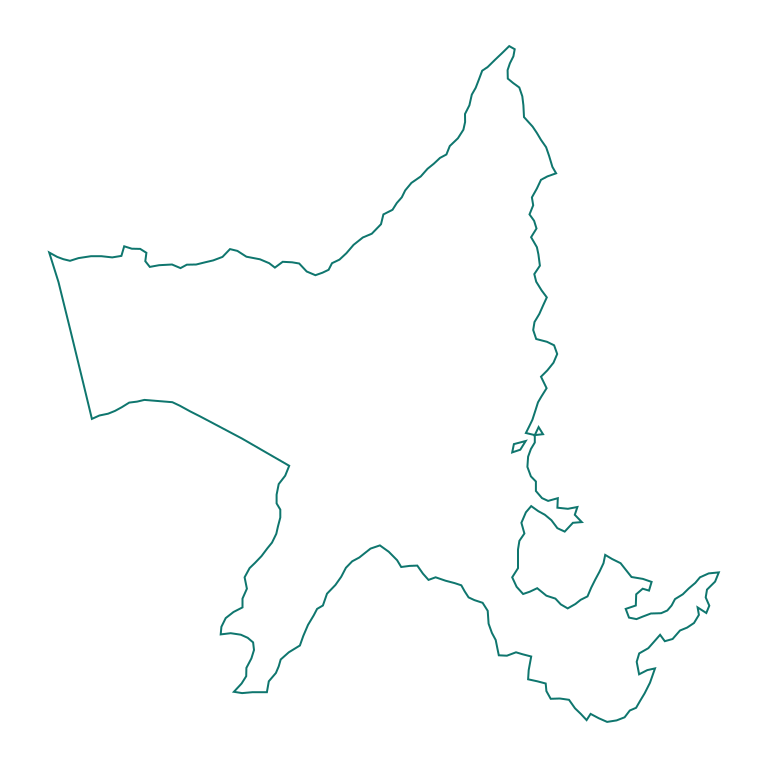 the district of Ituporanga, Santa Catarina, Brazil
{"feature_id": "56859067B65605113855989", "entity_name": "Ituporanga", "entity_type": "district", "adm_level": 2, "iso_a3": "BRA", "parent_name": "Brazil", "parent_adm1": "Santa Catarina", "projection": "mercator", "projection_center": [-49.512, -27.444], "detail": "fine", "context": "isolated", "style": "outline", "palette": "teal", "viewbox_px": 768, "rotation_deg": 0, "n_neighbors": 0, "source": "geoboundaries", "source_scale": "gbopen_adm2", "svg_char_len": 4157}
<svg xmlns="http://www.w3.org/2000/svg" viewBox="0 0 768 768"><path d="M49.2,252.5L58.5,282.1L70.4,330.3L83.3,383.3L91.9,418.9L99.4,415.5L108.1,413.7L115.0,410.9L121.8,407.2L129.2,402.6L137.2,401.6L144.4,399.9L172.4,402.2L179.8,405.7L190.2,411.4L200.1,416.4L241.9,438.5L289.2,465.8L285.2,475.7L278.7,484.1L276.6,494.7L276.6,503.4L280.3,509.6L280.3,517.5L277.9,526.7L276.3,533.8L272.0,542.6L267.3,548.4L261.5,556.1L255.0,562.9L249.6,568.1L244.6,577.3L246.9,588.7L242.5,598.6L242.5,607.4L233.5,612.0L225.7,618.1L221.4,626.8L220.7,634.4L230.7,633.2L240.8,634.7L247.7,637.8L253.1,642.4L254.0,650.0L251.4,658.4L246.4,667.9L246.2,676.2L241.6,683.5L233.9,691.8L242.1,693.1L252.4,692.2L266.9,692.2L268.8,681.3L275.9,673.0L278.7,666.4L280.7,659.5L288.8,652.3L299.9,645.5L303.3,635.9L308.0,624.9L313.7,615.4L317.1,608.9L322.9,605.5L327.0,593.7L335.4,585.0L341.2,576.8L345.9,567.8L352.2,561.3L359.3,557.5L364.7,553.2L370.5,548.6L379.9,545.4L388.8,551.8L397.1,560.2L401.2,567.0L409.6,565.9L417.3,565.6L422.9,573.6L428.5,579.9L435.6,577.3L445.5,580.7L454.6,583.1L461.3,585.3L464.7,591.4L468.6,597.4L474.4,600.1L482.6,602.8L487.7,610.8L488.6,623.7L491.9,632.9L495.7,640.0L497.4,648.5L498.8,655.3L506.9,655.7L516.0,652.3L522.7,654.3L531.2,656.5L528.7,670.1L528.1,679.3L537.3,681.3L545.7,683.5L546.4,691.1L550.7,698.8L559.8,698.5L569.0,699.8L575.0,708.3L580.8,713.9L586.6,720.1L590.6,713.9L598.7,718.2L607.1,721.9L616.6,720.4L624.6,717.3L629.8,710.5L636.1,707.8L640.2,700.7L644.6,693.4L650.0,682.7L655.0,668.4L647.3,670.1L639.1,674.3L636.7,661.8L639.2,653.4L648.3,648.2L653.7,642.1L660.1,634.8L664.8,641.2L672.6,639.0L680.0,630.5L687.1,627.6L694.0,623.0L698.9,614.9L697.6,607.4L706.3,613.0L709.3,605.7L705.7,597.4L707.0,589.6L715.1,581.6L718.8,572.4L708.7,573.4L700.0,577.3L695.3,582.9L688.8,588.4L682.8,594.3L675.0,599.1L671.6,605.5L667.3,610.5L661.1,613.2L650.9,613.5L642.7,616.6L636.5,619.1L629.0,617.6L625.7,608.9L635.8,605.5L636.2,594.3L642.7,588.7L649.0,590.6L651.6,581.9L642.9,578.9L631.5,577.0L625.4,569.3L620.6,563.2L612.1,559.0L605.2,554.9L603.5,563.2L599.4,571.9L595.3,579.5L591.2,587.7L587.5,596.4L580.7,599.8L575.4,604.0L567.7,608.4L560.8,604.4L555.4,598.6L546.4,595.7L537.2,588.2L529.8,591.7L523.1,594.0L516.6,586.8L512.2,577.3L518.0,568.2L518.0,558.6L518.0,549.5L519.4,540.8L524.4,533.5L521.4,522.8L525.9,512.3L531.2,506.1L538.2,511.1L544.9,514.8L551.4,520.2L557.4,528.2L564.7,531.6L572.9,522.8L581.8,522.1L574.8,514.8L577.4,507.0L567.9,508.8L557.4,507.7L557.8,498.2L548.1,500.9L542.0,498.1L535.9,491.0L535.9,481.5L530.9,476.4L527.4,466.9L528.1,456.7L530.9,449.0L534.8,442.5L534.8,435.1L525.9,433.0L529.1,426.6L532.4,419.8L535.6,409.9L538.0,402.3L541.4,396.5L546.6,388.2L541.0,376.7L547.4,370.3L553.5,362.7L557.2,354.0L554.1,345.3L547.0,341.8L536.2,339.0L533.2,330.0L534.5,322.0L539.3,314.0L543.3,305.0L546.8,297.4L541.6,290.4L536.2,281.7L534.3,274.1L539.9,265.7L538.4,254.3L536.9,247.2L531.1,237.2L536.5,228.5L534.1,220.8L529.5,214.4L533.2,205.3L531.9,197.4L536.9,188.5L541.0,179.8L547.4,176.4L556.1,173.3L552.4,166.9L549.1,155.9L546.1,147.2L541.0,139.9L536.9,133.0L532.6,126.6L524.0,117.1L523.4,105.3L522.3,96.3L519.3,87.5L513.0,82.9L507.8,78.6L507.6,70.1L509.9,63.3L513.4,56.3L514.7,49.2L509.2,46.1L502.8,52.4L495.1,59.7L487.7,67.0L482.2,70.7L478.9,79.5L475.7,87.8L471.8,94.6L469.4,105.3L465.0,114.0L465.1,122.0L463.4,129.7L457.9,138.3L449.8,146.0L446.4,154.5L440.0,157.9L433.7,163.8L427.5,168.8L420.8,176.4L411.4,182.9L405.2,190.4L401.8,197.3L396.8,203.0L392.5,209.8L383.4,214.4L381.0,224.2L371.8,233.7L362.8,237.5L353.6,244.8L346.4,253.2L339.5,259.6L332.0,263.2L328.6,269.8L322.5,272.7L315.4,275.2L306.7,271.5L299.2,263.5L292.1,262.3L282.7,261.8L274.9,267.6L269.2,263.2L260.0,259.3L246.4,256.7L237.4,250.9L230.0,249.1L222.5,256.9L213.2,260.4L205.1,262.3L196.2,264.5L186.8,264.7L180.5,268.1L172.0,264.5L159.1,265.2L149.8,266.9L145.3,261.2L146.4,252.8L140.2,248.9L131.8,248.7L124.2,246.3L121.4,255.9L112.2,257.4L101.4,256.2L91.0,256.2L78.5,258.1L70.0,260.8L63.4,259.2L57.2,256.9L49.2,252.5ZM520.3,449.7L512.2,452.4L513.9,444.1L525.7,441.0L520.3,449.7ZM534.8,435.1L543.0,434.2L538.6,427.1L534.8,435.1Z" fill="none" stroke="#0f766e" stroke-width="2"/></svg>